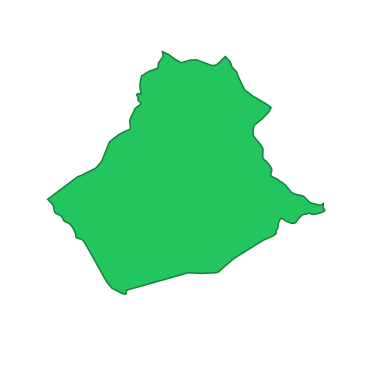 SVG path tracing the border of Negeri Sembilan, rotated 130°
{"feature_id": "MYS-1146", "entity_name": "Negeri Sembilan", "entity_type": "State", "adm_level": 1, "iso_a3": "MYS", "parent_name": "Malaysia", "parent_adm1": "", "projection": "mercator", "projection_center": [102.11, 2.837], "detail": "fine", "context": "isolated", "style": "filled", "palette": "green", "viewbox_px": 384, "rotation_deg": 130, "n_neighbors": 0, "source": "natural_earth", "source_scale": "10m", "svg_char_len": 2780}
<svg xmlns="http://www.w3.org/2000/svg" viewBox="0 0 384 384"><g transform="rotate(130 192 192)"><path d="M134.9,305.7L135.0,304.9L130.7,303.8L126.7,302.3L119.2,297.8L114.7,300.7L106.6,301.2L103.5,304.9L101.7,298.5L101.2,290.4L99.9,283.4L95.6,280.4L93.9,279.5L91.4,277.4L87.7,273.4L82.6,258.7L80.4,255.9L77.0,254.5L66.8,253.6L67.5,247.3L68.9,244.1L70.4,242.0L70.8,240.1L71.2,235.6L71.6,234.5L73.8,230.8L79.9,217.3L79.4,207.0L76.8,191.7L76.5,187.8L76.6,185.5L77.1,185.4L80.6,184.7L82.8,184.7L90.5,185.2L99.9,187.0L100.9,187.1L102.4,186.6L104.2,185.7L107.2,183.4L108.6,182.1L109.4,180.9L110.2,178.2L111.2,172.1L112.4,167.3L113.0,166.0L113.6,165.1L114.1,164.6L118.8,161.2L119.7,160.2L120.3,159.3L120.8,157.5L120.8,156.5L120.7,154.4L121.4,151.0L122.3,147.7L123.0,146.1L123.8,145.0L124.5,144.6L126.5,143.8L127.9,143.0L128.5,142.1L128.8,141.1L128.5,139.2L127.4,135.7L127.2,131.6L126.6,127.8L126.8,124.1L128.2,116.3L128.1,114.2L127.9,113.4L127.3,111.7L126.9,110.9L126.6,110.0L124.9,107.2L123.9,104.8L123.7,103.9L123.5,102.8L124.3,96.1L124.2,95.1L124.0,94.2L123.4,92.5L121.7,89.6L120.9,87.1L120.0,85.7L119.4,85.1L118.0,84.3L116.4,84.1L117.7,83.0L118.3,82.6L119.1,82.1L119.6,81.5L119.9,80.7L120.0,79.8L120.4,78.9L120.9,78.3L122.5,78.6L124.7,79.7L129.5,82.9L131.3,84.7L132.2,86.2L132.3,87.3L132.6,88.1L133.0,88.8L133.7,89.2L135.2,90.0L136.4,91.1L137.0,91.6L137.9,92.3L138.7,92.7L140.2,93.0L144.9,93.2L148.3,92.9L149.3,93.1L150.3,93.6L151.6,95.0L152.3,96.2L153.2,99.0L153.5,99.8L153.8,100.6L154.0,101.5L154.1,104.6L154.3,105.5L154.6,106.3L155.4,106.8L156.6,106.9L159.0,106.2L161.4,105.2L163.3,103.8L164.0,103.3L164.9,103.0L167.7,102.6L168.4,102.2L169.0,101.6L169.5,100.9L171.0,101.0L173.3,101.6L183.6,106.6L215.3,116.9L217.3,117.4L236.7,120.5L238.4,121.7L248.5,132.6L248.9,133.4L256.5,143.1L307.9,178.1L308.7,178.5L309.4,178.7L310.3,178.6L311.0,178.2L311.5,177.7L312.1,177.2L312.8,177.0L314.5,179.6L317.2,191.6L315.8,199.3L301.5,237.0L299.2,243.9L299.2,245.1L299.3,246.6L300.4,248.6L301.2,250.2L301.2,251.3L301.0,252.1L299.3,253.8L298.5,255.0L297.6,256.5L296.1,260.1L295.5,262.4L295.1,265.2L295.2,266.5L295.6,267.8L296.0,269.0L296.5,271.0L296.2,272.3L294.8,275.4L294.5,276.6L295.1,279.6L295.8,281.9L295.9,282.8L295.7,284.1L295.0,285.4L291.9,289.0L291.1,291.4L290.4,297.9L254.0,289.5L250.2,287.3L235.5,281.1L227.7,280.9L225.2,281.4L207.9,287.1L205.8,287.3L195.4,285.1L188.9,282.5L184.6,280.1L183.7,280.0L183.1,280.0L182.3,280.7L178.0,285.0L177.1,285.6L175.9,286.3L165.2,289.1L163.7,289.2L158.8,287.9L157.5,288.0L156.8,288.3L156.6,288.7L156.5,289.4L156.5,292.0L156.1,292.6L155.7,293.0L154.8,293.5L154.3,294.2L153.3,296.5L152.6,296.9L151.8,296.8L151.1,296.2L150.6,295.6L149.6,293.9L145.4,299.0L143.2,301.0L134.9,305.6L134.9,305.7Z" fill="#22c55e" stroke="#15803d" stroke-width="1.5"/></g></svg>